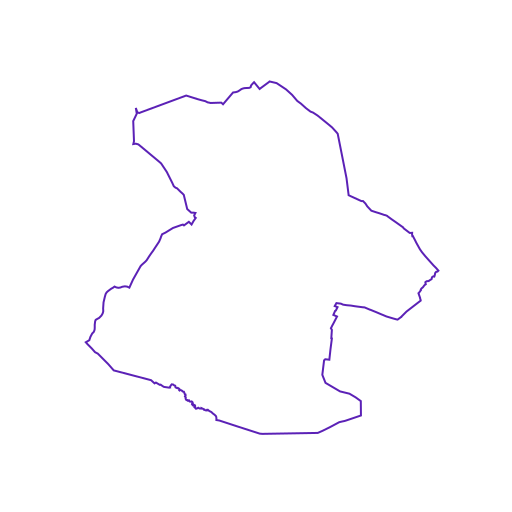 Chavinda, Michoacán, Mexico (Mercator projection), rotated 25°
{"feature_id": "50627088B886354204460", "entity_name": "Chavinda", "entity_type": "district", "adm_level": 2, "iso_a3": "MEX", "parent_name": "Mexico", "parent_adm1": "Michoacán", "projection": "mercator", "projection_center": [-102.439, 20.047], "detail": "fine", "context": "isolated", "style": "outline", "palette": "violet", "viewbox_px": 512, "rotation_deg": 25, "n_neighbors": 0, "source": "geoboundaries", "source_scale": "gbopen_adm2", "svg_char_len": 5161}
<svg xmlns="http://www.w3.org/2000/svg" viewBox="0 0 512 512"><g transform="rotate(25 256 256)"><path d="M427.5,192.2L424.4,190.8L420.8,189.5L409.4,184.6L404.8,182.4L401.7,180.6L397.0,177.2L395.5,176.1L393.5,174.5L389.7,171.6L389.3,171.9L388.2,170.3L387.7,169.0L385.7,170.1L385.4,170.1L380.4,169.0L378.1,168.5L377.3,167.9L368.6,166.3L363.4,165.4L358.4,164.4L357.9,164.2L356.1,164.3L354.9,164.6L352.7,164.8L349.2,165.2L348.5,165.3L346.5,165.6L341.4,166.2L335.9,164.0L333.0,162.2L329.8,161.0L328.2,161.7L314.3,161.8L305.2,147.3L291.3,128.3L278.4,110.7L277.2,110.1L270.6,107.3L264.1,105.6L252.5,102.7L250.5,102.4L247.0,101.9L244.4,102.1L238.8,100.9L232.3,98.9L229.7,98.4L227.8,98.0L220.6,94.7L212.8,92.3L201.6,90.6L194.5,92.1L194.3,92.7L189.4,101.7L188.7,103.1L180.8,99.3L180.6,99.8L180.4,100.4L179.9,102.0L179.6,103.0L179.5,103.3L179.5,103.7L179.8,105.3L178.8,106.5L177.1,107.4L176.9,107.5L176.7,107.6L175.0,108.5L174.4,108.9L173.6,109.5L172.2,110.9L172.2,111.0L170.9,113.2L169.9,114.7L168.3,116.1L166.1,117.5L162.0,132.4L160.8,132.0L159.7,131.7L156.1,133.5L150.2,136.5L149.2,136.7L147.2,137.2L144.6,137.1L141.1,137.8L136.9,138.5L124.9,140.1L90.8,174.6L90.2,175.3L89.7,175.8L87.7,175.9L84.5,172.6L87.8,177.4L87.7,185.6L96.9,203.5L97.5,206.4L99.6,205.0L100.9,204.8L101.7,204.6L102.8,204.7L128.5,211.5L130.9,212.2L139.1,217.2L139.3,217.3L139.5,217.5L140.2,217.9L140.6,218.3L149.2,225.1L152.0,227.5L154.2,228.1L155.8,228.0L160.5,229.7L162.9,230.4L164.7,231.1L173.8,242.5L179.0,244.1L181.1,243.1L182.9,242.6L182.8,245.4L184.2,246.8L185.3,247.0L184.6,250.7L184.3,254.7L180.7,253.4L177.8,258.7L176.5,258.4L175.1,259.6L168.9,265.7L164.1,273.0L161.7,276.0L161.8,278.7L162.0,280.3L162.1,284.0L161.0,291.3L160.5,294.9L160.0,297.3L159.4,300.8L159.2,302.2L158.7,306.0L158.1,307.9L156.2,312.3L155.9,313.3L155.7,313.8L154.5,329.4L154.6,338.2L152.2,338.2L150.0,338.9L147.8,340.4L146.4,341.9L144.7,343.0L142.7,343.5L140.7,343.5L139.8,345.2L138.5,347.0L136.6,350.6L136.0,352.1L135.8,354.0L136.3,357.1L137.4,362.4L139.6,368.1L140.5,369.8L141.0,370.9L141.3,372.9L141.1,375.3L140.0,378.4L138.6,380.3L137.7,381.6L137.8,383.1L138.9,386.5L139.9,388.6L140.7,390.5L141.0,391.9L141.0,393.6L140.3,395.4L140.1,399.2L140.5,402.8L138.2,406.1L140.5,407.1L146.2,409.2L150.8,411.2L153.3,411.3L153.8,411.3L167.7,416.4L175.4,419.8L213.4,412.9L217.9,414.3L218.8,413.0L222.8,413.4L223.4,413.4L223.9,412.9L225.9,413.3L227.3,413.5L228.0,413.5L233.0,412.0L233.7,411.5L233.3,411.0L233.6,408.9L233.9,407.9L234.7,407.7L235.2,407.5L236.2,407.8L237.0,407.8L237.6,407.7L237.8,407.9L238.2,408.5L238.4,408.9L238.7,409.1L239.1,409.1L240.6,409.1L240.8,408.9L240.9,408.6L242.5,408.8L242.9,409.0L243.0,410.0L243.5,410.2L243.7,409.7L244.0,409.5L244.5,409.4L245.0,409.3L246.0,409.4L246.5,409.7L247.0,409.8L248.0,409.5L248.8,410.2L249.3,410.8L250.0,411.4L250.6,411.3L251.2,412.3L251.0,412.8L250.9,413.3L251.0,413.4L252.0,413.8L252.2,414.0L252.5,415.1L253.6,415.9L253.9,415.9L254.3,415.9L254.7,415.6L255.3,416.0L255.5,415.9L256.0,415.2L256.3,415.1L256.9,415.8L257.8,415.9L259.1,415.0L260.0,415.2L260.5,415.6L260.8,416.0L260.4,416.4L260.5,416.9L260.6,417.4L261.2,417.6L261.4,417.7L261.7,418.0L261.8,418.1L262.3,418.0L262.5,417.1L263.7,417.1L264.2,417.6L263.9,418.4L264.0,419.0L264.3,419.1L264.8,418.8L265.4,419.5L266.0,419.8L266.7,419.4L267.8,417.9L269.1,418.1L271.2,417.3L271.0,416.9L272.1,416.9L273.8,416.9L273.9,417.3L276.0,417.1L277.1,416.5L276.8,416.0L277.3,415.7L278.3,416.0L279.5,416.3L280.3,416.2L281.3,416.3L281.6,416.3L282.7,416.7L282.9,416.8L284.1,417.1L284.7,417.2L285.6,417.4L287.3,418.0L288.1,418.8L288.9,420.2L289.4,421.4L292.3,420.6L309.8,418.5L334.5,415.4L336.7,414.6L338.4,413.8L385.4,390.9L386.7,390.3L390.2,386.3L395.4,379.8L401.7,371.4L404.0,369.6L406.0,368.1L406.9,367.3L418.5,356.2L412.3,343.2L406.0,342.0L398.9,341.3L389.4,343.2L372.6,341.6L367.1,336.4L366.3,335.6L361.8,321.8L362.1,321.2L362.4,320.3L366.3,319.0L362.9,309.0L359.6,298.6L359.4,298.6L359.0,298.7L356.0,290.9L355.0,290.2L354.4,289.8L354.5,288.5L354.5,287.7L354.5,286.9L354.5,286.7L354.6,285.9L354.8,281.5L354.8,281.4L355.0,276.6L351.0,276.7L350.9,272.3L351.4,271.7L351.5,267.9L348.8,268.1L348.5,268.1L348.8,264.7L352.8,263.4L353.3,263.3L353.9,263.3L354.0,263.3L355.2,263.3L355.3,263.3L355.5,263.3L355.8,263.2L358.9,262.3L363.0,260.8L366.6,259.8L369.5,258.9L372.3,258.0L374.9,257.2L375.0,257.1L376.1,256.7L382.1,256.5L382.3,256.4L386.6,256.2L388.3,256.1L394.2,255.9L394.4,255.9L394.6,255.9L395.7,255.8L396.1,255.8L399.1,255.7L399.6,255.7L400.1,255.6L400.3,255.6L407.0,254.6L410.0,254.1L411.2,253.8L413.3,250.0L413.3,249.9L413.5,249.8L413.6,249.0L413.9,248.2L415.9,242.7L423.5,228.0L424.1,226.9L424.0,226.5L422.6,225.0L422.5,224.7L419.0,221.1L419.2,220.7L419.9,217.2L419.5,216.8L419.5,216.7L419.7,215.5L420.3,214.2L420.5,213.8L420.8,212.2L421.0,211.3L421.1,211.1L421.8,209.8L421.3,209.3L420.7,208.5L420.6,207.9L421.4,206.7L421.7,206.5L423.0,205.8L423.0,205.7L423.5,204.9L424.0,204.1L424.3,203.7L424.9,202.7L424.5,201.0L424.6,200.8L424.7,200.4L425.3,199.5L426.3,199.3L426.3,199.1L426.1,198.0L426.1,197.7L425.6,195.8L425.8,194.7L426.0,194.2L427.1,193.4L427.3,192.7L427.5,192.2Z" fill="none" stroke="#5b21b6" stroke-width="2"/></g></svg>